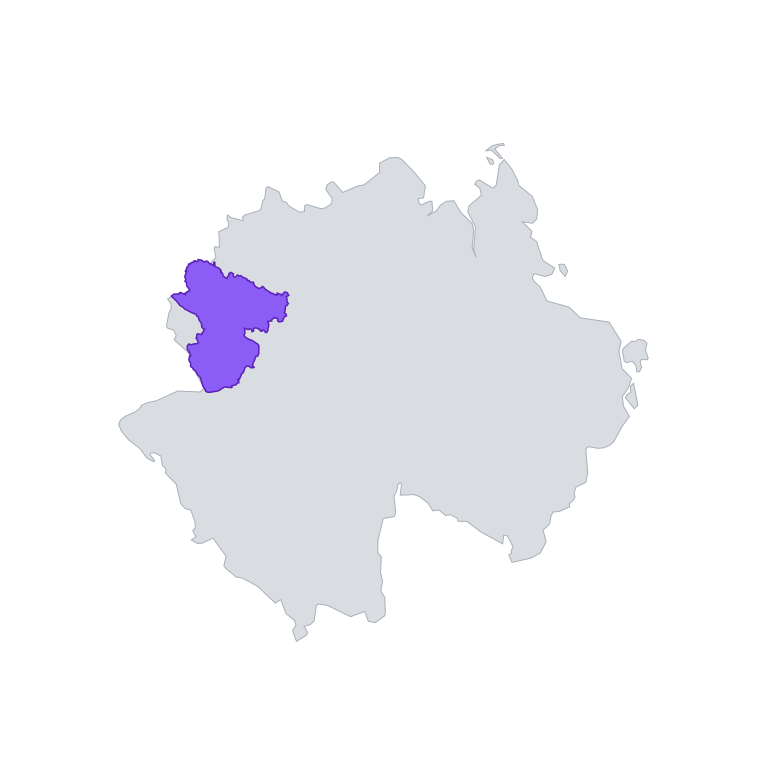 where Rheinland-Pfalz sits in Germany, rotated 49°
{"feature_id": "DEU-1580", "entity_name": "Rheinland-Pfalz", "entity_type": "State", "adm_level": 1, "iso_a3": "DEU", "parent_name": "Germany", "parent_adm1": "", "projection": "robinson", "projection_center": [7.376, 49.945], "detail": "fine", "context": "in_parent", "style": "filled", "palette": "violet", "viewbox_px": 768, "rotation_deg": 49, "n_neighbors": 0, "source": "natural_earth", "source_scale": "10m", "svg_char_len": 9765}
<svg xmlns="http://www.w3.org/2000/svg" viewBox="0 0 768 768"><g transform="rotate(49 384 384)"><path d="M341.0,615.9L323.3,606.5L307.8,607.4L305.2,604.3L299.9,604.6L291.9,599.7L284.9,602.6L283.2,605.4L283.7,607.0L290.9,607.2L291.8,608.6L284.6,611.5L272.7,610.6L258.7,613.4L246.9,613.0L240.1,610.6L238.2,606.3L238.7,599.8L241.5,591.3L242.3,585.0L241.0,581.1L242.7,575.1L247.2,567.1L254.0,544.2L269.4,528.0L269.1,522.4L242.3,516.7L238.0,515.1L234.1,510.9L213.0,513.4L211.2,509.1L205.6,507.3L199.8,510.7L197.7,510.3L189.5,500.0L187.5,495.2L183.6,492.1L177.8,491.5L179.6,482.0L185.1,475.0L185.2,469.1L173.5,464.4L167.6,457.8L166.1,450.2L169.5,441.4L179.2,436.1L178.0,427.6L169.9,423.1L169.4,421.6L172.8,418.4L160.7,408.7L163.5,398.9L161.4,396.1L155.8,393.9L153.9,391.0L158.1,390.3L167.7,383.6L168.1,382.5L165.3,381.5L165.0,378.7L171.3,364.4L171.0,362.0L166.0,355.0L165.9,352.5L158.9,344.7L158.9,342.1L169.9,337.2L179.3,340.7L182.8,338.6L187.4,338.9L198.6,335.3L201.7,330.9L197.4,327.3L197.8,324.6L210.4,316.6L212.6,312.8L213.4,305.6L211.7,303.1L210.0,301.5L199.1,300.3L196.3,296.1L197.3,290.5L199.1,289.5L212.3,289.6L217.5,273.5L220.6,268.5L221.5,248.5L214.4,242.6L217.1,231.1L222.0,225.0L225.9,223.3L242.8,222.3L261.5,222.7L269.4,232.0L266.5,236.8L271.1,239.0L273.3,238.2L276.0,229.4L277.6,228.0L285.4,233.8L285.6,241.4L287.7,231.1L286.0,223.9L287.1,217.0L291.5,211.0L305.2,213.5L320.4,212.2L326.1,214.9L339.3,228.4L349.1,231.3L341.6,228.4L325.6,212.0L309.1,207.8L305.4,203.1L305.4,186.6L299.2,183.3L292.6,184.5L291.6,180.7L292.7,178.0L307.5,173.5L307.7,169.1L294.2,153.0L293.5,146.0L304.9,146.4L318.7,149.7L322.1,152.0L339.7,149.0L353.3,153.7L359.7,160.5L360.2,166.3L352.4,173.2L365.9,172.2L369.3,177.2L376.6,175.4L394.9,183.1L408.6,179.1L411.3,185.4L408.7,191.7L399.1,198.4L401.3,202.5L404.5,203.4L413.6,202.5L428.2,206.6L447.4,193.9L462.8,192.5L485.0,173.5L507.4,177.1L513.5,185.2L528.5,194.2L542.1,193.4L547.2,201.9L549.8,212.4L557.8,217.8L569.5,220.2L571.9,231.2L578.3,248.4L578.4,253.8L576.5,259.7L573.0,264.7L565.6,270.6L565.2,274.1L585.0,288.8L590.6,296.2L587.8,306.9L591.1,312.1L594.4,313.8L595.7,316.5L596.0,322.7L598.5,324.5L595.1,335.6L591.6,340.2L592.9,344.1L598.3,351.0L598.6,359.7L609.5,365.3L614.1,376.9L611.9,386.9L602.7,404.4L594.9,402.0L595.3,398.3L593.8,398.0L591.1,393.3L579.6,390.5L576.5,392.8L582.5,399.3L559.1,408.0L542.0,411.6L536.2,418.1L533.1,416.8L526.2,419.7L523.5,423.8L515.3,425.1L511.7,430.4L502.7,428.9L491.8,431.3L487.1,434.0L478.5,444.7L471.1,436.5L469.3,436.5L468.9,439.2L473.3,445.0L475.1,450.0L488.1,459.0L490.9,462.9L485.0,472.9L497.8,490.9L507.2,499.4L512.5,499.3L524.2,510.5L531.9,514.4L537.9,522.1L545.4,523.3L557.0,532.6L559.4,535.7L558.3,547.3L552.8,551.5L543.0,547.7L537.7,561.9L513.6,572.1L506.7,578.3L506.8,580.3L517.0,592.3L517.2,597.6L514.5,603.2L521.5,604.7L522.6,607.5L520.9,618.9L510.2,614.8L508.1,608.5L503.7,606.6L493.3,608.6L479.0,603.4L478.0,609.8L453.9,612.1L437.3,618.3L432.5,622.3L419.4,624.4L416.2,624.1L410.5,616.2L388.1,614.2L384.7,626.1L381.8,629.5L375.2,631.8L376.0,626.3L369.1,624.4L368.7,620.8L364.1,617.1L352.5,612.6L347.5,615.8L341.0,615.9ZM540.8,178.9L542.2,183.2L540.9,185.3L535.3,181.7L529.8,181.8L526.6,187.3L524.2,187.6L515.5,182.5L514.0,180.1L514.3,168.7L516.9,166.3L517.2,162.7L521.8,159.0L526.0,158.9L529.5,164.2L537.8,167.7L538.5,169.2L534.3,173.8L535.4,176.2L540.8,178.9ZM566.5,206.3L566.9,211.3L552.7,210.8L551.4,207.0L552.2,203.3L547.4,199.3L547.2,195.1L566.5,206.3ZM277.8,149.5L274.7,154.6L275.2,145.7L280.5,136.2L282.8,136.5L279.8,140.7L279.3,146.2L291.5,146.7L290.1,148.4L277.8,149.5ZM421.8,176.7L414.3,176.8L408.4,173.6L411.9,169.4L419.3,171.4L421.8,176.7ZM289.6,158.0L287.7,159.6L280.4,157.9L285.8,155.0L288.9,155.8L289.6,158.0Z" fill="#d9dde1" stroke="#a8b0b8" stroke-width="1"/><path d="M166.1,452.1L165.6,452.1L166.0,450.3L166.2,449.4L166.6,448.5L167.0,448.1L167.2,447.7L167.0,447.3L166.5,446.9L166.8,445.9L166.9,445.7L167.3,445.5L168.3,445.4L168.7,445.2L169.0,444.6L169.1,443.9L168.8,443.2L168.1,442.6L168.6,442.1L169.8,441.4L170.3,440.8L171.3,440.4L173.5,439.9L174.5,439.2L174.2,438.7L174.3,438.0L174.7,437.4L175.2,436.9L175.9,436.6L176.4,436.6L177.7,436.9L179.0,436.7L179.7,436.2L179.6,435.7L180.9,435.7L182.3,435.1L182.3,434.9L182.2,434.7L180.6,432.6L180.5,432.3L180.7,432.0L181.1,431.9L181.3,432.0L181.7,432.2L182.1,432.8L182.4,433.1L183.2,433.4L183.5,433.8L183.7,434.5L183.9,434.6L185.1,434.2L187.5,432.8L189.7,432.5L190.4,432.3L191.0,432.4L192.2,433.0L192.3,433.2L192.0,433.8L192.4,434.0L192.9,434.0L193.6,433.7L194.3,433.2L194.7,433.2L195.6,433.8L196.2,434.4L197.1,434.5L199.7,433.8L200.9,433.6L201.2,433.4L201.3,433.2L201.1,432.6L200.5,431.8L200.3,431.3L200.1,430.2L200.1,429.3L199.9,429.1L199.0,428.7L198.8,428.5L199.0,428.0L199.2,427.4L199.3,427.0L199.2,426.4L200.0,426.0L202.0,425.4L202.3,425.4L202.6,426.1L203.3,426.7L203.6,426.9L204.2,427.0L204.9,426.9L205.3,426.6L205.7,426.0L205.8,424.7L205.5,423.1L205.8,422.9L207.0,422.7L207.7,421.9L208.3,421.0L209.0,420.8L209.9,420.7L211.3,420.3L214.0,418.8L214.5,418.6L215.1,418.7L216.1,419.1L216.7,418.9L217.2,418.0L217.3,417.9L217.5,417.9L218.6,418.3L219.2,418.1L220.4,417.1L220.7,417.0L221.3,415.9L221.9,415.9L222.2,416.0L222.4,416.2L222.6,416.6L222.8,416.8L225.6,417.0L226.2,416.9L228.5,416.4L230.1,415.5L230.2,415.4L230.3,414.6L230.4,414.3L230.7,413.9L230.8,412.3L230.5,411.9L230.9,411.6L232.1,411.3L234.0,411.5L238.2,410.5L240.2,409.6L240.7,409.6L241.6,409.7L241.9,409.5L242.3,408.7L242.5,408.6L244.8,407.8L245.4,407.0L245.5,406.9L246.0,407.1L246.3,407.1L246.5,407.0L246.6,406.7L246.6,406.0L246.4,405.7L245.4,404.9L247.3,404.0L248.6,402.9L249.9,403.2L250.1,403.2L250.2,402.1L250.0,401.6L249.7,401.3L249.6,400.8L249.4,399.2L249.5,398.5L251.1,397.3L251.8,397.1L254.7,397.8L254.5,398.7L254.0,400.2L253.9,400.4L254.0,400.5L254.7,400.9L256.0,401.3L257.9,402.9L258.9,403.5L259.2,403.5L260.0,403.2L260.3,403.2L260.6,403.8L261.0,405.3L261.0,405.9L260.8,406.9L260.8,407.2L261.4,408.0L263.5,410.2L264.3,411.4L264.6,411.9L264.6,412.4L264.8,412.6L265.1,412.5L266.3,412.1L266.6,412.0L267.2,412.2L268.6,412.9L268.4,413.9L268.0,414.7L267.9,415.0L268.9,417.1L269.1,418.0L269.4,418.6L269.9,418.8L270.1,419.1L268.8,421.9L268.4,422.2L267.6,422.7L267.3,422.8L266.6,422.8L266.3,422.6L265.4,421.7L265.0,421.6L264.5,421.6L263.9,421.7L263.7,421.9L262.9,422.7L262.6,423.0L262.1,423.2L261.9,424.0L261.8,426.0L261.8,426.7L262.1,427.0L262.8,427.4L262.6,427.7L261.9,428.3L261.2,430.1L260.6,430.5L260.5,430.8L260.9,431.1L263.2,431.6L263.3,431.7L263.4,432.2L263.5,432.3L264.4,432.7L264.6,433.0L265.9,435.2L266.4,435.7L267.0,435.9L267.3,436.5L268.1,438.4L268.1,438.8L268.0,439.1L267.6,439.4L266.8,439.6L264.2,439.5L263.8,439.8L263.6,440.4L263.6,440.6L264.1,441.2L263.3,442.4L263.1,442.5L262.7,442.5L262.5,442.4L261.8,441.8L261.6,441.7L261.2,441.9L260.9,442.3L258.0,443.5L257.4,444.2L256.8,445.3L256.7,445.9L256.7,446.3L257.1,446.7L258.2,447.3L258.4,447.5L258.4,447.8L258.1,448.7L258.0,449.3L257.9,449.3L257.5,449.2L256.7,448.5L255.8,448.7L255.0,448.6L254.8,448.6L254.6,448.8L254.2,449.4L254.0,450.0L254.0,450.6L253.8,450.8L253.3,451.2L252.4,451.5L250.4,452.8L250.6,452.9L251.1,453.1L254.4,455.5L254.7,456.0L254.9,456.8L255.8,457.9L257.8,457.8L260.0,457.2L262.5,456.2L264.4,455.0L270.8,453.2L272.1,453.2L272.8,453.3L273.5,453.7L279.0,458.7L280.0,460.9L279.2,463.2L279.6,464.0L280.8,465.4L281.3,466.3L281.8,468.1L282.8,469.5L283.0,470.0L283.1,470.5L283.5,471.2L284.5,471.1L285.5,470.9L286.2,471.1L286.1,471.8L285.4,472.7L284.3,473.8L282.7,474.1L281.3,474.8L280.4,476.1L280.4,477.8L281.1,479.3L282.4,481.3L283.2,483.3L282.8,484.8L283.8,486.2L285.0,489.0L285.7,490.2L285.7,490.6L284.6,491.1L284.6,491.5L285.5,491.8L286.4,491.9L287.2,492.1L287.8,492.9L287.6,493.0L287.0,494.1L287.1,494.7L287.4,495.7L287.4,496.4L285.6,499.8L285.5,500.3L286.7,500.7L286.6,501.5L283.1,505.0L282.4,505.2L281.9,505.7L281.5,506.8L280.6,513.0L280.4,513.6L276.6,520.0L275.6,521.4L273.9,522.9L272.4,523.4L271.8,522.9L266.8,522.0L258.7,518.4L257.8,518.3L254.9,518.6L250.6,517.6L250.1,517.7L248.9,518.2L248.2,518.4L246.1,517.9L244.2,518.4L243.5,518.2L243.1,517.9L242.6,517.1L242.2,516.7L241.1,516.2L238.8,515.9L237.7,515.3L237.0,514.6L235.9,513.0L235.2,512.4L235.4,512.0L235.8,511.8L235.4,510.9L234.5,510.6L232.3,510.5L232.1,509.8L231.1,509.7L230.1,510.0L230.0,509.8L229.0,509.8L228.0,509.1L226.2,507.4L226.1,506.7L225.8,505.8L225.8,505.5L225.9,505.2L226.2,504.5L227.1,504.5L227.3,504.4L228.0,503.6L228.4,502.2L229.1,501.5L229.4,500.3L230.5,499.5L230.9,498.9L230.9,498.5L230.7,498.2L230.8,497.8L231.1,497.4L230.8,496.8L230.3,496.6L229.1,496.2L226.5,495.8L226.0,495.6L226.2,495.2L224.0,492.9L223.7,491.9L224.0,491.6L224.4,491.3L225.4,490.3L226.2,489.8L226.7,489.6L226.9,489.4L226.9,489.0L226.8,488.2L226.2,488.1L226.0,486.2L225.4,485.3L225.1,484.4L225.1,483.5L225.0,483.4L224.8,483.3L223.8,484.0L223.3,484.1L222.4,484.3L221.8,484.3L221.5,484.2L221.2,483.9L219.3,482.8L218.2,481.9L214.9,481.7L214.5,481.6L211.2,480.1L210.1,480.7L209.7,480.8L209.3,480.4L208.6,480.2L208.3,480.2L208.0,480.2L204.1,482.3L196.6,485.2L195.6,485.3L194.4,485.2L191.1,486.5L185.3,486.2L178.1,486.8L178.2,486.2L178.2,484.1L178.5,483.4L179.3,482.4L180.6,481.1L181.6,479.4L181.6,479.0L181.0,478.6L180.9,478.4L181.7,477.4L185.4,475.5L185.0,475.0L185.1,474.7L185.4,474.6L185.8,474.7L185.5,474.3L185.2,473.8L185.1,473.3L185.1,472.7L185.6,472.4L185.7,472.1L185.5,471.9L185.5,471.4L185.8,470.0L185.8,469.9L185.9,469.4L186.0,469.3L185.7,469.1L184.0,468.7L181.5,468.7L180.6,468.5L179.8,468.0L178.3,466.9L177.5,466.5L177.0,466.4L176.3,466.8L175.8,466.8L175.3,465.5L175.1,465.1L174.3,464.7L172.6,464.1L171.8,463.4L170.2,460.1L169.3,459.0L168.7,459.9L168.3,459.3L167.6,457.5L166.7,456.4L166.5,455.9L166.6,455.2L166.3,453.8L166.0,453.3L165.5,453.1L166.1,452.1Z" fill="#8b5cf6" stroke="#5b21b6" stroke-width="1.5"/></g></svg>